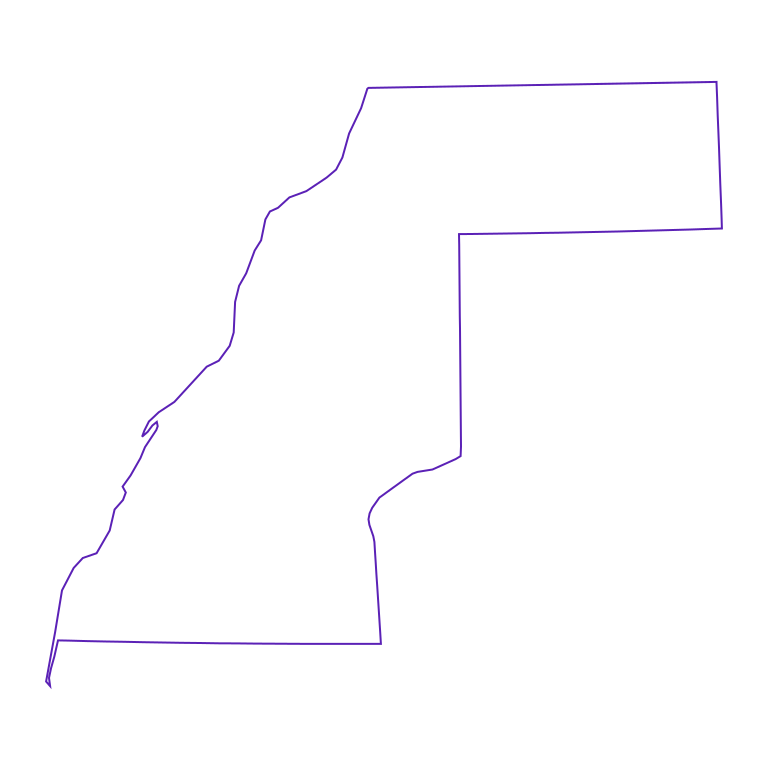 map outline of Western Sahara (orthographic projection)
{"feature_id": "ESH", "entity_name": "Western Sahara", "entity_type": "country or territory", "adm_level": 0, "iso_a3": "ESH", "parent_name": "Africa", "parent_adm1": "", "projection": "orthographic", "projection_center": [-13.3, 24.236], "detail": "fine", "context": "isolated", "style": "outline", "palette": "violet", "viewbox_px": 768, "rotation_deg": 0, "n_neighbors": 0, "source": "natural_earth", "source_scale": "50m", "svg_char_len": 1799}
<svg xmlns="http://www.w3.org/2000/svg" viewBox="0 0 768 768"><path d="M717.7,115.3L718.3,129.9L719.0,147.3L719.6,164.7L720.3,184.4L721.1,204.1L721.6,218.5L721.9,228.5L705.9,229.0L691.2,229.5L676.6,229.9L661.9,230.3L647.2,230.7L632.5,231.1L617.8,231.5L603.2,231.8L588.5,232.1L573.8,232.4L559.1,232.7L544.4,232.9L529.7,233.2L515.0,233.4L500.3,233.6L485.6,233.8L470.9,234.0L459.0,234.1L459.2,244.5L459.3,256.5L459.4,268.4L459.5,280.4L459.6,292.4L459.7,304.3L459.8,316.3L460.0,328.2L460.1,340.2L460.2,352.1L460.3,364.1L460.4,376.1L460.5,388.0L460.6,400.0L460.7,411.9L460.8,423.9L460.9,435.9L461.0,446.5L460.6,456.1L455.8,459.0L444.3,464.2L432.5,469.5L417.5,471.9L412.5,473.7L402.9,480.6L390.3,489.7L379.4,497.6L372.2,507.8L369.6,513.4L368.5,519.3L369.4,524.9L373.3,536.2L374.4,541.9L375.0,551.8L375.7,562.6L376.4,574.2L377.2,585.8L378.0,598.2L378.8,610.5L379.6,623.0L380.2,632.2L380.9,643.9L368.5,643.9L349.8,643.9L331.0,643.9L312.3,643.9L293.5,643.8L274.7,643.7L256.0,643.6L237.2,643.4L218.5,643.3L199.7,643.0L180.9,642.8L162.2,642.5L143.4,642.2L124.7,641.8L106.0,641.5L87.2,641.1L68.5,640.6L58.0,640.4L54.3,656.7L51.0,668.4L49.0,677.9L50.1,686.1L46.1,681.5L54.4,636.1L55.1,632.3L62.0,590.4L73.7,567.9L82.8,558.0L96.6,553.2L109.7,530.5L114.6,509.5L123.0,500.0L125.8,492.5L122.6,486.6L130.6,475.4L140.4,458.2L145.0,447.1L156.3,430.0L157.7,426.2L156.8,421.9L152.4,425.5L147.7,431.8L142.1,436.7L144.4,430.5L148.9,421.5L158.8,412.2L174.4,401.9L206.7,366.7L218.8,360.7L229.7,345.8L233.7,332.5L235.1,301.9L239.1,285.8L246.2,273.3L254.7,250.5L261.1,240.3L265.4,219.4L269.9,211.5L278.0,207.8L289.4,197.4L306.4,191.1L326.6,177.6L336.1,169.6L342.4,157.5L349.1,133.5L361.1,108.2L367.2,89.2L367.3,88.8L368.4,87.9L716.5,81.9L716.5,82.8L717.1,97.4L717.7,115.3Z" fill="none" stroke="#5b21b6" stroke-width="2"/></svg>